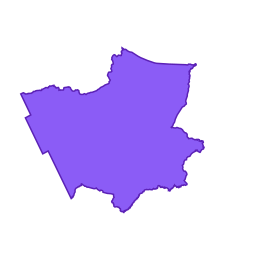 outline of Sissala East, Upper West, Ghana, rotated 245°
{"feature_id": "2480657B88326891244380", "entity_name": "Sissala East", "entity_type": "district", "adm_level": 2, "iso_a3": "GHA", "parent_name": "Ghana", "parent_adm1": "Upper West", "projection": "albers", "projection_center": [-1.879, 10.607], "detail": "fine", "context": "isolated", "style": "filled", "palette": "violet", "viewbox_px": 256, "rotation_deg": 245, "n_neighbors": 0, "source": "geoboundaries", "source_scale": "gbopen_adm2", "svg_char_len": 5676}
<svg xmlns="http://www.w3.org/2000/svg" viewBox="0 0 256 256"><g transform="rotate(245 128 128)"><path d="M157.0,216.7L157.7,216.3L157.7,216.0L157.5,215.1L157.2,215.0L157.4,214.6L157.4,214.2L157.1,214.1L157.2,213.9L157.8,213.6L158.3,212.5L158.9,211.9L159.3,211.8L160.3,209.8L159.9,208.8L160.2,208.2L161.0,207.0L168.6,192.1L174.5,181.3L175.8,179.5L180.9,174.2L186.4,169.2L188.8,167.4L195.0,163.5L196.3,161.6L198.6,159.8L199.1,159.8L200.3,159.1L200.6,158.0L203.2,156.5L202.5,156.2L200.7,156.2L200.4,154.6L200.0,154.2L199.7,154.0L198.4,154.2L197.4,153.0L196.6,152.6L196.6,152.2L198.1,150.1L197.4,148.6L197.4,148.0L199.9,147.0L200.3,146.4L199.9,144.8L198.6,143.1L197.7,142.8L197.1,142.2L195.4,142.5L192.8,142.0L192.2,141.6L192.4,140.6L191.9,139.6L190.2,138.9L188.9,137.5L187.7,137.7L186.2,137.2L186.0,136.1L186.7,134.2L186.3,133.5L184.6,131.8L183.9,131.6L182.8,131.9L180.1,131.9L179.0,132.2L178.6,131.9L177.9,130.3L177.0,130.1L176.6,129.7L176.4,129.0L176.7,125.3L176.3,123.4L176.3,120.3L175.6,118.2L175.6,116.8L175.1,115.5L175.5,110.5L176.0,109.5L176.1,108.4L176.0,107.8L176.3,107.2L176.5,105.8L176.1,104.1L177.4,103.3L177.6,102.4L177.4,101.6L178.3,99.5L179.5,98.6L181.5,98.8L182.4,99.2L183.2,99.0L183.5,98.5L184.0,98.3L184.2,97.1L184.7,96.4L184.1,95.5L184.3,94.4L185.1,93.2L187.9,92.6L188.8,92.8L189.9,92.2L190.0,91.4L190.6,91.2L190.6,90.5L191.6,87.2L191.5,86.9L189.8,85.6L190.2,84.3L191.1,82.8L190.9,82.4L191.5,81.8L191.5,81.5L192.7,82.1L194.1,82.1L194.4,81.4L194.3,80.4L195.4,79.8L195.3,79.4L196.6,79.3L197.3,79.0L197.2,78.4L197.5,78.3L197.9,78.3L198.1,78.6L198.2,78.4L198.5,75.7L199.2,75.0L198.9,74.3L198.9,73.4L198.3,72.9L198.2,72.3L198.8,71.7L199.5,70.3L199.3,69.8L199.2,67.0L199.5,66.3L198.6,65.6L198.9,64.6L199.5,64.3L199.5,63.7L200.4,61.4L200.7,60.2L200.5,59.2L201.1,57.6L200.4,56.6L200.5,55.4L200.3,54.8L200.9,53.9L201.1,52.5L201.6,52.2L201.5,51.1L202.2,49.4L202.9,49.1L203.1,48.6L203.9,48.4L204.2,47.9L204.2,45.2L180.9,45.4L180.6,39.3L140.6,39.8L140.9,45.9L88.0,46.7L88.1,47.4L88.5,47.9L88.6,48.5L89.0,48.5L88.8,49.0L89.4,49.3L89.3,49.7L89.8,50.1L89.9,50.5L91.4,51.6L92.3,52.9L93.4,53.5L94.0,53.6L94.9,54.5L95.5,55.7L95.5,57.1L95.8,57.6L95.6,58.0L95.8,58.6L95.5,58.8L95.9,59.7L95.6,60.4L95.9,61.0L95.7,61.4L96.9,61.9L96.9,62.5L95.9,62.8L94.3,63.9L93.5,64.2L93.1,65.1L91.6,65.9L91.4,66.7L87.5,71.3L86.9,72.5L87.0,73.9L85.3,74.4L82.9,75.9L83.2,76.2L83.2,76.9L82.7,77.7L81.9,78.4L80.9,78.5L80.3,78.2L77.4,81.7L75.7,84.7L74.0,86.8L72.1,86.1L71.1,86.1L70.4,84.8L68.7,83.0L68.7,82.5L68.4,82.2L67.2,82.0L66.7,82.7L66.2,82.9L65.6,82.6L65.1,82.9L63.0,82.2L62.1,82.6L61.8,83.3L61.4,84.7L61.2,85.0L60.7,85.2L60.1,86.1L59.9,86.0L59.0,86.5L58.5,86.5L58.1,86.9L57.6,86.9L56.4,86.1L56.0,86.4L55.6,86.3L55.1,86.6L54.7,87.6L53.2,88.5L53.8,89.5L54.0,89.2L54.2,89.6L53.8,90.2L54.0,90.7L53.9,90.8L54.1,91.2L54.3,91.0L54.2,91.4L54.4,91.6L54.1,92.3L54.4,92.5L54.5,93.1L54.1,93.5L54.3,94.4L54.6,94.5L54.7,95.1L55.0,95.1L55.0,95.5L55.4,95.9L55.3,96.2L55.7,96.8L55.3,96.8L55.9,97.4L55.8,97.5L56.1,98.5L56.8,98.8L56.7,99.3L57.1,99.3L57.2,99.8L57.7,100.1L58.3,102.1L59.0,102.5L59.1,103.4L59.6,103.9L59.6,104.8L60.3,105.8L60.1,106.4L60.6,106.4L60.7,107.9L61.0,107.9L61.3,108.2L61.9,109.6L62.6,109.5L63.0,110.2L63.4,111.7L63.1,112.9L63.2,113.4L63.3,114.0L63.8,114.3L64.0,114.9L63.7,115.6L64.7,116.5L64.8,117.0L64.4,118.9L64.2,118.9L63.3,120.8L63.2,121.8L62.6,122.4L61.8,123.8L62.3,125.4L61.9,125.4L61.7,125.7L61.3,126.6L61.5,126.8L60.9,127.6L61.4,128.6L61.4,129.0L61.0,129.2L61.2,129.5L62.9,130.8L62.9,131.3L62.4,132.0L61.9,132.1L61.6,132.5L60.5,132.3L60.2,133.3L60.3,133.6L60.0,133.7L60.1,133.9L59.9,133.9L59.5,134.7L59.0,134.9L59.0,135.5L58.6,135.3L58.5,135.7L58.2,135.6L57.8,135.9L57.8,136.3L58.3,136.7L57.3,138.0L55.4,138.9L54.3,138.3L54.2,139.2L53.6,138.9L53.3,139.2L53.3,139.6L54.1,140.3L54.1,140.8L54.7,141.4L54.5,141.9L54.5,142.4L54.9,142.7L54.7,143.2L55.3,144.1L55.4,144.6L56.2,145.2L56.2,145.4L56.0,145.5L56.4,145.9L55.9,145.9L56.0,146.3L54.7,146.9L54.1,147.7L53.7,147.3L53.6,147.8L52.5,148.7L52.5,149.2L53.2,149.3L53.1,149.9L53.4,149.9L53.0,150.7L52.7,150.8L52.9,151.0L52.6,151.3L53.3,151.9L53.4,152.7L52.6,153.9L52.9,154.8L51.8,155.8L51.8,157.5L52.7,157.9L55.5,156.9L56.7,156.7L57.3,158.0L60.1,160.4L60.8,161.6L61.3,161.9L62.6,162.1L64.3,161.8L64.7,161.6L65.0,160.8L65.6,160.4L67.2,160.2L68.1,160.3L69.2,161.2L71.2,161.5L71.6,162.9L72.9,164.0L73.9,164.5L74.6,165.6L74.9,166.3L74.5,167.6L75.6,168.2L76.2,168.9L76.6,170.0L76.2,172.1L77.8,174.5L78.3,176.4L78.4,178.7L79.3,179.7L79.2,180.0L78.6,179.4L78.3,179.7L78.7,181.3L77.2,181.5L75.5,182.9L75.6,183.4L76.2,184.0L77.1,185.4L77.3,186.7L77.1,187.5L78.4,188.8L79.0,188.0L80.2,188.7L82.7,188.9L82.9,189.2L83.0,190.1L83.3,190.3L84.6,190.3L84.8,189.1L85.3,189.4L85.5,189.1L85.4,187.8L86.0,187.2L86.3,187.7L87.1,187.7L87.9,187.0L88.2,186.5L87.7,186.1L87.7,185.6L88.9,185.0L88.8,184.2L89.0,183.7L90.7,182.2L91.7,181.7L92.8,178.4L93.9,178.4L95.0,177.9L97.4,179.0L99.0,178.5L99.7,177.6L100.5,177.2L102.6,176.6L103.3,176.7L105.3,175.6L106.0,174.4L107.5,173.0L107.9,172.3L107.8,171.4L108.5,170.0L109.9,168.3L109.9,167.6L110.4,167.5L110.8,168.8L111.3,169.7L112.6,170.9L113.5,172.5L116.1,174.7L119.1,178.2L124.0,186.0L124.1,188.4L124.6,189.1L125.1,191.0L126.1,191.4L127.3,191.4L128.8,192.2L131.9,195.2L133.6,196.1L136.4,198.6L138.0,199.2L139.8,200.9L141.2,201.4L142.4,201.0L144.0,203.2L145.7,203.6L146.6,204.6L147.8,205.3L148.3,205.2L148.7,206.0L149.8,206.5L150.2,206.2L151.0,206.2L152.0,207.0L152.5,207.0L152.9,208.0L153.3,207.9L153.2,207.5L153.5,207.4L154.6,209.6L155.2,210.1L155.3,210.4L154.8,210.7L154.8,211.6L155.7,212.8L156.0,213.5L156.1,214.6L156.0,215.3L156.3,216.4L157.0,216.7Z" fill="#8b5cf6" stroke="#5b21b6" stroke-width="1.5"/></g></svg>